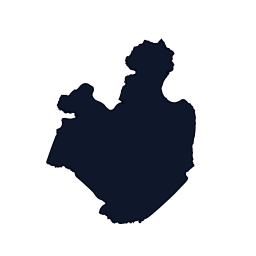 Kinshasa, Kinshasa City, Democratic Republic of the Congo, rotated 108°
{"feature_id": "63176286B79360907689545", "entity_name": "Kinshasa", "entity_type": "district", "adm_level": 2, "iso_a3": "COD", "parent_name": "Democratic Republic of the Congo", "parent_adm1": "Kinshasa City", "projection": "mercator", "projection_center": [15.673, -4.477], "detail": "fine", "context": "isolated", "style": "filled", "palette": "ink", "viewbox_px": 256, "rotation_deg": 108, "n_neighbors": 0, "source": "geoboundaries", "source_scale": "gbopen_adm2", "svg_char_len": 5848}
<svg xmlns="http://www.w3.org/2000/svg" viewBox="0 0 256 256"><g transform="rotate(108 128 128)"><path d="M215.8,93.8L214.1,93.2L213.1,91.1L212.1,90.1L212.0,89.5L212.2,88.8L212.8,88.4L213.6,88.5L214.1,87.9L214.2,87.5L213.9,87.1L211.8,86.8L211.4,85.6L210.2,84.8L209.3,84.8L208.6,84.3L208.2,83.2L206.4,81.7L202.1,78.8L192.9,73.3L181.7,67.0L175.7,63.8L160.9,56.7L158.3,55.9L157.1,56.1L155.4,58.8L154.1,59.4L152.2,59.8L152.0,59.6L151.1,59.4L151.1,59.0L150.6,58.8L150.6,58.1L150.3,57.8L149.5,57.8L148.8,57.2L148.3,57.2L148.1,56.8L147.0,56.4L145.9,55.3L145.1,55.2L144.5,54.5L143.4,53.9L142.5,54.6L142.5,54.9L141.9,55.8L141.0,55.9L140.4,56.9L140.0,56.9L139.8,57.4L139.3,57.5L138.7,56.9L137.6,56.8L137.1,57.6L136.2,57.7L135.5,58.6L135.1,58.6L134.3,59.0L133.9,58.7L133.2,59.2L131.8,59.2L129.6,60.3L128.4,60.6L125.7,62.0L123.3,62.0L122.4,61.6L119.2,62.4L117.1,62.7L115.7,62.5L112.8,63.2L110.2,63.6L108.2,64.3L107.3,64.3L106.3,64.9L103.0,65.5L99.8,67.0L98.3,67.1L96.2,67.8L95.4,68.6L94.2,68.9L93.4,69.6L92.2,70.1L91.1,70.2L90.5,70.8L89.6,72.3L88.0,73.4L87.2,75.3L86.1,76.2L86.3,78.4L85.1,80.2L84.0,82.8L84.0,83.9L84.5,85.0L85.1,85.8L86.9,87.0L87.7,88.2L88.5,89.0L89.8,91.0L90.4,94.0L90.3,96.4L89.7,98.8L89.2,99.8L88.2,100.8L88.2,101.6L87.7,102.9L86.8,104.2L84.8,106.3L80.5,109.0L78.6,109.2L76.4,109.0L73.0,109.1L69.6,108.4L67.0,107.3L66.4,107.4L63.8,106.3L63.6,106.3L64.0,106.8L63.9,107.3L63.4,107.6L63.2,108.0L62.8,107.9L63.0,107.8L62.8,107.5L62.3,107.3L62.4,107.2L62.1,107.4L62.1,106.9L61.2,106.2L60.6,104.9L59.2,103.8L58.1,103.7L55.3,104.7L54.6,104.6L54.0,104.1L53.6,104.3L52.0,106.2L51.8,107.4L50.8,107.9L51.2,108.0L50.9,108.1L49.1,107.4L48.0,107.7L47.1,108.6L45.6,108.3L44.8,108.6L44.0,107.7L42.9,107.6L41.9,108.7L41.7,109.6L41.3,110.2L41.0,113.2L40.1,113.4L40.1,113.7L40.2,115.7L40.7,116.3L40.3,116.3L39.7,116.8L39.6,117.2L39.0,117.4L38.3,118.0L37.9,118.5L38.1,119.2L37.8,118.9L37.5,118.9L37.3,119.5L36.0,119.9L35.6,120.6L35.6,121.1L34.9,121.7L34.9,122.4L34.3,122.6L34.4,123.1L33.9,123.2L33.6,123.6L34.7,123.9L35.2,123.8L35.5,124.5L35.9,124.8L36.7,124.8L37.1,124.6L37.2,124.9L38.1,125.4L39.4,127.5L39.9,129.6L39.9,130.7L39.6,131.6L40.1,132.7L39.4,134.8L39.4,135.9L40.0,136.6L39.6,137.4L39.5,138.7L39.7,139.1L42.4,139.5L44.0,140.1L44.9,142.3L45.3,142.7L47.1,143.2L47.7,143.7L49.3,146.7L50.2,146.9L52.3,146.7L52.9,146.8L53.8,147.6L55.5,147.5L58.5,148.0L59.1,148.6L60.2,149.1L60.7,150.1L60.5,150.4L61.2,151.0L64.4,150.9L64.3,150.5L64.6,150.3L64.5,150.6L64.9,150.6L65.7,149.7L67.1,149.7L67.0,149.2L68.7,148.0L69.0,146.4L69.6,146.0L69.6,145.3L70.5,144.8L70.8,143.6L70.6,143.2L71.1,143.1L70.8,142.4L71.0,142.2L70.6,141.7L70.9,141.1L70.6,140.2L70.9,139.8L70.4,139.3L71.0,138.5L70.8,138.2L73.0,137.1L73.9,137.3L74.9,137.2L75.2,137.4L75.3,138.4L76.8,140.5L76.6,141.2L76.9,142.0L78.4,142.9L78.8,143.4L78.7,143.8L79.0,144.6L80.3,145.7L81.6,145.7L83.9,144.9L84.7,145.2L85.6,144.7L85.8,143.9L86.8,143.0L89.2,144.1L90.3,145.2L93.1,145.2L94.6,145.5L96.4,145.0L101.6,144.9L103.3,145.2L104.1,142.5L103.9,142.3L104.4,141.9L104.2,141.5L104.5,141.1L105.3,141.4L105.4,140.8L106.0,140.4L106.1,141.0L106.4,140.8L106.6,142.6L107.5,143.9L110.2,145.7L114.8,147.2L116.3,148.7L117.2,151.0L115.5,155.4L113.9,157.7L113.1,159.6L112.5,161.9L112.1,166.7L111.7,168.4L110.2,170.8L108.2,172.6L106.1,173.0L103.4,172.7L101.8,173.0L100.2,174.1L98.8,180.0L99.1,182.2L100.2,184.1L102.2,185.6L106.2,187.3L108.4,188.8L108.6,189.4L108.4,190.2L110.3,191.5L112.8,192.8L115.0,193.5L116.3,194.5L116.4,197.1L117.7,201.1L119.1,201.2L121.1,201.8L122.9,201.2L124.5,202.0L126.0,201.4L126.7,201.9L128.0,202.1L128.4,201.8L128.6,201.0L129.4,200.9L129.5,200.6L129.8,200.5L129.8,200.2L129.6,200.4L129.5,199.9L130.2,199.5L130.6,198.6L130.8,198.8L130.7,198.2L131.0,198.2L130.9,197.6L131.1,197.6L130.5,197.0L131.5,195.4L131.2,194.8L131.6,194.3L131.3,194.1L131.6,193.9L131.4,193.9L131.8,193.5L131.9,192.9L132.3,192.9L132.6,192.3L132.7,191.6L131.3,190.3L131.5,190.1L131.2,189.1L130.9,189.0L131.1,188.7L130.9,188.5L131.1,188.5L131.1,188.2L131.3,188.4L131.2,187.7L131.5,187.7L131.1,186.7L130.0,186.2L129.7,185.5L129.9,185.4L129.6,185.1L129.8,184.6L129.5,184.0L129.7,183.7L129.9,183.2L129.8,182.8L130.2,182.7L130.3,182.4L130.9,182.4L131.0,182.1L131.6,182.3L131.6,182.1L132.0,182.2L132.8,181.5L132.5,180.7L131.8,180.2L131.6,179.6L134.5,180.6L135.7,181.9L137.1,184.2L137.8,186.0L138.6,191.0L139.5,192.9L141.0,193.1L142.0,192.2L144.8,191.2L146.0,191.2L148.1,191.4L149.7,192.6L151.6,194.8L154.5,193.9L156.0,193.0L158.0,193.7L171.3,194.3L185.3,194.6L185.7,194.4L185.8,193.9L186.1,193.9L186.1,193.4L186.5,193.1L186.2,192.2L186.4,191.7L186.2,191.0L186.6,190.5L186.4,190.4L186.9,188.9L186.8,188.2L186.5,188.0L186.4,187.2L186.1,187.0L186.1,186.1L186.5,186.0L186.6,185.2L186.8,185.1L186.7,185.0L187.0,184.8L186.8,184.6L187.0,184.5L186.5,184.2L186.5,183.9L186.4,183.7L186.7,183.0L186.6,182.5L185.4,180.7L185.5,179.6L184.8,179.2L184.1,179.2L183.7,178.8L183.1,178.8L183.5,177.1L183.1,176.4L183.5,176.2L183.2,175.8L183.5,175.2L184.7,174.8L184.6,174.2L184.2,173.8L184.7,173.1L184.7,172.8L184.4,172.6L184.6,172.2L184.2,172.3L184.6,171.3L184.4,170.5L184.7,169.7L185.7,168.8L185.1,167.8L185.9,167.2L185.8,166.6L186.0,166.6L185.9,166.3L186.3,165.1L186.1,164.6L188.9,163.1L189.9,162.0L192.8,155.1L197.6,144.6L199.9,140.2L202.3,137.2L203.9,134.0L204.2,129.7L204.8,128.6L205.4,126.4L206.7,125.4L207.2,125.3L210.2,127.8L213.2,128.9L214.7,129.1L215.1,128.8L217.2,128.9L217.8,127.6L217.6,126.8L217.7,125.1L216.9,123.5L217.5,122.3L217.7,120.5L218.8,119.3L219.5,119.3L220.1,119.0L220.0,118.5L219.1,116.8L219.2,116.4L219.5,116.1L220.4,115.9L220.7,115.0L221.6,114.3L222.2,113.1L222.4,111.8L221.6,111.0L220.2,108.6L220.2,108.2L221.1,107.1L220.9,105.5L218.8,101.3L218.6,100.0L217.2,99.3L216.7,98.7L216.6,97.5L217.2,96.4L217.1,96.0L216.5,95.8L215.9,95.9L215.0,95.2L215.0,94.8L215.8,93.8Z" fill="#0f172a" stroke="#020617" stroke-width="1.5"/></g></svg>